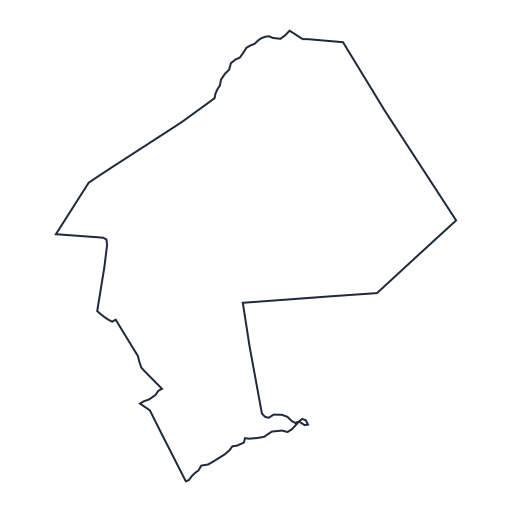 Serra Branca, Paraíba, Brazil
{"feature_id": "56859067B97423314982747", "entity_name": "Serra Branca", "entity_type": "district", "adm_level": 2, "iso_a3": "BRA", "parent_name": "Brazil", "parent_adm1": "Paraíba", "projection": "robinson", "projection_center": [-36.73, -7.555], "detail": "fine", "context": "isolated", "style": "outline", "palette": "slate", "viewbox_px": 512, "rotation_deg": 0, "n_neighbors": 0, "source": "geoboundaries", "source_scale": "gbopen_adm2", "svg_char_len": 1359}
<svg xmlns="http://www.w3.org/2000/svg" viewBox="0 0 512 512"><path d="M299.0,421.5L295.2,422.9L292.0,421.2L287.3,416.8L281.9,414.8L273.7,414.6L268.6,417.8L265.0,416.8L261.9,413.5L249.5,346.0L243.6,307.9L242.8,302.8L332.2,296.2L377.0,293.1L420.4,253.1L444.0,231.5L456.1,220.4L385.4,111.7L343.0,42.2L307.2,39.1L302.7,39.1L289.6,30.7L285.2,35.3L280.4,38.8L272.7,37.9L269.0,36.3L265.4,36.7L261.5,38.1L258.4,40.2L254.5,43.9L250.9,45.2L246.5,47.7L243.8,52.0L239.8,57.6L235.2,59.7L230.9,63.2L229.2,69.6L225.0,73.7L221.0,79.6L220.0,85.3L217.5,89.1L215.4,93.8L214.6,98.2L181.3,122.4L111.6,167.5L100.0,175.1L88.7,182.7L55.9,234.2L99.5,237.4L103.4,237.8L106.4,239.5L107.1,244.9L104.3,267.6L97.2,311.1L100.8,314.2L104.7,317.3L108.6,319.8L112.1,321.7L115.7,319.7L120.2,327.1L138.0,356.2L139.3,361.7L141.3,367.6L143.8,370.4L150.1,376.8L162.0,388.8L158.2,390.9L155.5,395.0L152.3,397.2L149.2,399.4L143.8,401.3L140.0,403.6L149.9,410.4L160.9,432.4L185.8,481.3L189.0,480.0L191.4,476.6L194.6,473.3L198.5,470.4L201.3,465.6L208.1,464.5L212.8,461.8L224.8,454.3L229.5,450.2L232.4,446.3L236.8,445.7L243.8,442.6L245.0,438.2L249.0,438.7L256.3,438.1L260.3,437.5L264.4,436.7L268.1,434.0L271.9,431.6L275.4,431.2L282.1,430.6L287.6,432.0L292.0,429.2L299.0,421.5ZM308.0,424.6L305.8,420.3L302.2,418.9L299.0,421.5L304.6,425.1L308.0,424.6Z" fill="none" stroke="#1e293b" stroke-width="2"/></svg>